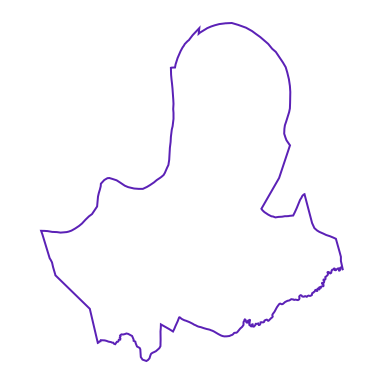 Otatitlán, Veracruz, Mexico
{"feature_id": "50627088B35781734794767", "entity_name": "Otatitlán", "entity_type": "district", "adm_level": 2, "iso_a3": "MEX", "parent_name": "Mexico", "parent_adm1": "Veracruz", "projection": "robinson", "projection_center": [-96.022, 18.172], "detail": "fine", "context": "isolated", "style": "outline", "palette": "violet", "viewbox_px": 384, "rotation_deg": 0, "n_neighbors": 0, "source": "geoboundaries", "source_scale": "gbopen_adm2", "svg_char_len": 5996}
<svg xmlns="http://www.w3.org/2000/svg" viewBox="0 0 384 384"><path d="M342.9,270.1L341.7,264.6L340.9,261.0L340.9,256.8L339.5,251.6L335.9,238.8L333.3,237.6L329.9,236.2L326.2,235.0L323.3,233.6L319.4,231.9L317.1,230.5L314.4,228.1L312.1,223.1L304.5,194.2L304.0,194.4L303.1,195.1L302.2,196.1L301.4,197.8L300.1,199.8L296.8,207.9L294.9,212.1L293.2,215.5L289.3,215.9L288.4,216.1L286.5,216.2L284.9,216.2L282.1,216.7L278.6,216.9L275.4,217.4L273.0,216.5L271.4,216.3L268.3,214.7L264.4,212.1L262.5,210.3L261.4,208.8L279.1,178.0L290.0,145.3L289.5,144.7L286.5,140.3L285.4,137.4L284.2,133.7L284.4,128.8L284.9,125.3L286.1,121.8L289.1,112.2L289.9,108.4L290.1,102.8L290.3,92.0L289.9,85.9L288.9,79.2L287.3,72.6L285.7,67.2L283.0,62.6L275.8,51.9L272.2,48.8L268.2,43.9L260.2,37.0L256.0,34.0L252.1,31.1L246.0,27.7L238.2,24.9L231.8,23.0L225.5,23.3L219.2,24.1L214.7,25.3L211.1,26.5L207.1,28.2L206.7,28.5L200.0,32.6L198.7,33.7L199.3,28.1L192.7,35.1L189.7,39.0L188.9,40.1L187.5,41.2L184.8,44.0L183.7,45.9L182.6,47.4L180.6,51.1L177.6,58.0L175.6,64.3L175.0,67.5L171.8,67.6L170.9,67.8L171.1,74.9L171.5,79.2L172.0,83.5L172.5,88.6L173.3,100.0L173.5,103.9L173.2,109.1L173.5,112.9L173.5,118.9L172.6,126.3L171.8,129.5L170.9,136.8L170.6,142.0L169.9,147.7L169.2,159.9L168.4,165.0L167.1,167.7L166.1,170.0L164.9,172.8L163.6,175.0L161.4,176.9L159.7,178.1L156.7,180.1L154.0,182.4L150.0,185.1L147.0,186.9L142.8,188.9L139.1,188.9L134.0,188.5L128.1,187.1L124.8,185.7L120.2,182.6L116.6,180.3L112.3,178.9L109.3,178.0L107.4,178.2L104.3,180.0L100.9,183.7L100.7,186.3L99.9,189.5L98.8,193.1L98.0,196.6L97.1,206.5L92.0,214.1L89.0,216.3L85.5,219.7L82.0,223.5L79.1,225.9L75.2,228.5L71.5,230.6L68.7,231.6L66.5,232.1L60.6,232.6L57.0,232.1L52.2,231.9L47.6,231.1L44.6,230.9L41.1,230.8L42.4,234.4L49.7,258.3L50.6,259.7L52.0,262.4L53.1,267.2L55.3,274.7L55.4,275.3L89.8,308.8L97.8,342.9L98.5,342.6L99.5,341.4L100.5,341.3L100.8,340.2L104.7,340.4L106.6,340.9L108.4,341.6L111.0,342.1L112.3,342.7L113.2,342.7L114.2,343.9L115.2,344.2L116.9,341.8L117.8,341.8L118.5,341.0L118.8,339.7L120.2,339.6L120.4,338.4L119.8,337.3L120.5,336.3L120.1,335.5L121.4,334.4L123.1,334.5L124.8,334.1L126.4,333.5L128.2,333.9L132.1,336.0L133.6,339.5L133.6,340.8L135.3,341.6L135.7,343.3L137.0,346.5L139.6,347.9L140.3,349.3L140.8,357.0L142.5,359.6L146.3,361.0L148.0,360.0L149.5,358.3L150.1,356.3L150.7,354.6L151.2,353.7L152.5,352.8L154.3,352.0L155.9,351.2L158.2,349.2L159.3,348.2L160.4,346.3L160.5,344.9L160.5,343.5L160.6,339.9L160.5,331.4L160.8,327.8L160.9,324.4L169.2,329.1L173.0,331.5L174.3,328.9L175.5,326.0L177.7,321.2L179.1,317.5L179.7,317.3L180.6,318.0L181.5,318.8L182.8,319.5L184.5,320.3L185.9,320.7L189.4,322.1L192.6,323.7L194.0,324.6L195.9,325.4L196.4,325.7L197.4,326.2L198.4,326.6L201.0,327.2L203.6,328.1L206.7,329.0L208.5,329.4L209.7,329.7L211.1,330.3L212.3,330.7L213.8,331.4L216.0,332.7L218.2,334.0L219.9,334.9L221.3,335.6L222.8,336.1L224.5,336.4L226.9,336.3L229.4,336.0L230.7,335.4L232.1,334.9L233.0,334.3L234.1,333.0L234.7,332.8L236.4,332.7L236.8,332.5L237.4,332.0L240.1,328.7L240.7,328.1L242.0,327.0L242.6,326.3L243.0,325.6L243.5,324.9L243.5,324.0L243.5,323.2L243.5,322.6L243.6,321.9L244.1,321.2L244.3,320.6L244.5,319.8L244.8,319.5L244.9,319.4L245.4,319.7L245.9,320.8L246.3,322.2L246.5,322.4L246.8,322.6L247.1,322.6L247.5,322.6L247.7,322.2L247.8,321.0L248.2,320.6L249.5,320.0L249.7,319.9L250.0,320.1L250.0,320.4L249.6,322.1L249.6,322.8L249.3,323.4L249.3,323.6L249.6,324.0L249.4,324.6L249.3,324.8L249.6,325.2L250.0,325.4L250.7,325.4L250.8,326.1L251.2,326.4L251.5,326.3L251.6,326.2L251.7,325.5L251.8,324.9L252.3,324.3L252.7,324.4L252.7,324.7L252.6,325.6L252.8,326.1L253.0,326.5L253.5,326.6L253.9,326.6L254.7,325.8L255.4,324.9L255.5,324.2L255.8,323.8L256.6,323.9L257.5,323.7L258.1,323.5L258.3,324.2L258.8,325.0L259.6,324.9L260.3,323.9L260.5,322.9L260.5,322.4L261.1,322.2L263.1,322.4L263.7,322.1L264.1,321.9L264.3,321.5L264.3,321.0L264.5,320.6L265.0,320.3L265.6,320.0L266.5,319.7L266.9,319.7L267.5,320.2L267.9,320.7L268.3,320.8L268.6,320.7L270.5,318.8L271.3,318.0L272.3,317.3L272.5,316.9L272.7,316.5L272.3,315.1L272.5,314.6L272.9,313.8L274.1,312.3L274.8,311.2L276.6,307.8L277.2,306.8L279.1,304.2L279.6,303.8L280.2,303.6L281.6,304.2L282.6,304.1L283.4,303.5L285.1,302.0L287.5,300.8L289.1,300.5L289.9,300.1L290.9,299.4L291.3,299.2L292.1,299.3L293.5,299.5L294.0,299.9L294.4,299.9L295.1,299.7L295.9,299.7L297.9,300.1L299.1,299.4L299.4,298.6L299.5,298.1L299.2,296.8L299.6,295.9L300.1,295.5L300.6,295.2L301.1,295.3L301.6,295.6L302.3,296.5L302.8,296.6L303.8,296.7L304.4,296.5L304.9,296.2L305.5,296.2L306.4,296.7L306.8,296.8L307.0,296.6L307.3,296.2L307.8,295.9L308.6,295.6L309.5,295.9L310.3,295.9L311.3,295.4L311.8,295.1L312.2,293.2L312.5,293.0L313.0,292.8L313.4,292.6L313.6,292.1L314.0,291.9L314.3,291.8L314.5,291.6L314.7,291.4L315.2,290.2L315.4,290.0L315.8,289.9L316.1,290.1L316.4,290.7L316.6,290.9L316.9,291.0L317.2,290.9L317.4,289.2L317.6,288.7L317.9,288.6L318.3,288.7L318.9,289.4L319.3,289.4L319.5,289.2L319.6,288.6L319.2,287.5L319.4,287.3L319.6,287.2L319.9,287.3L320.4,287.8L320.8,287.8L321.0,287.3L321.0,286.7L322.0,286.3L323.3,286.2L323.5,285.9L323.5,285.0L323.4,284.6L323.1,284.3L322.6,284.1L322.3,283.9L322.0,283.5L322.0,283.1L322.3,282.8L323.6,282.9L323.9,282.6L324.2,281.6L324.1,281.1L323.9,280.7L323.5,280.3L323.5,280.0L323.6,279.6L323.9,279.5L324.8,279.6L325.2,279.5L325.5,278.9L325.5,278.3L325.4,277.9L325.3,277.5L325.3,277.1L325.5,276.8L326.2,276.5L326.6,276.0L327.4,275.3L327.8,274.7L327.9,274.2L328.0,273.7L327.5,272.4L327.6,272.2L327.9,272.0L328.4,272.0L329.4,272.5L329.8,273.1L330.2,273.4L330.8,273.1L331.2,272.8L331.5,271.0L331.8,270.3L332.2,269.8L332.7,269.8L333.1,269.5L333.9,268.6L334.1,268.5L334.5,268.5L334.9,268.9L334.8,269.3L334.9,270.1L335.3,270.2L335.7,270.2L336.1,270.0L336.5,269.4L338.1,268.4L338.8,268.4L339.1,268.6L339.1,269.1L338.9,270.2L339.1,270.6L339.5,270.6L339.9,270.2L340.1,269.6L340.3,268.0L340.4,267.7L340.9,267.4L341.4,267.3L341.9,267.5L342.3,268.0L342.4,268.8L342.5,269.4L342.9,270.1Z" fill="none" stroke="#5b21b6" stroke-width="2"/></svg>